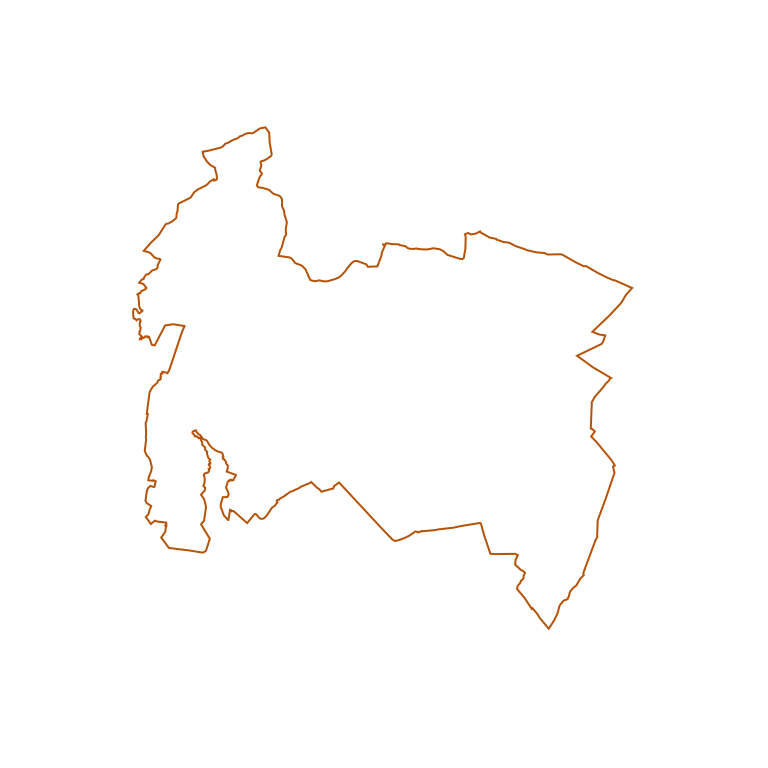 outline of Voinesti, Iasi, Romania, rotated 75°
{"feature_id": "2599482B56486568055847", "entity_name": "Voinesti", "entity_type": "district", "adm_level": 2, "iso_a3": "ROU", "parent_name": "Romania", "parent_adm1": "Iasi", "projection": "albers", "projection_center": [27.415, 47.064], "detail": "fine", "context": "isolated", "style": "outline", "palette": "amber", "viewbox_px": 768, "rotation_deg": 75, "n_neighbors": 0, "source": "geoboundaries", "source_scale": "gbopen_adm2", "svg_char_len": 6165}
<svg xmlns="http://www.w3.org/2000/svg" viewBox="0 0 768 768"><g transform="rotate(75 384 384)"><path d="M105.4,432.2L105.0,437.6L107.5,444.9L107.7,446.5L106.4,450.4L106.7,454.3L107.5,456.8L107.3,458.6L108.8,462.1L109.1,466.3L110.8,473.1L110.7,474.9L112.9,478.3L113.4,480.7L113.2,494.0L112.7,499.0L117.1,499.4L123.1,497.5L127.5,495.1L131.5,491.1L133.1,491.6L138.8,491.5L142.9,492.4L143.5,493.6L143.5,495.5L142.1,495.6L143.4,499.7L145.4,502.9L146.2,505.1L147.9,513.4L149.5,517.5L153.9,522.6L156.4,534.9L157.1,536.4L163.9,538.9L165.5,540.1L169.1,541.3L170.2,542.2L172.0,546.3L173.2,550.9L172.9,552.1L173.3,553.7L181.9,563.1L187.3,572.8L193.2,581.6L196.1,576.8L197.3,575.6L202.2,573.0L204.2,570.6L205.0,568.3L205.9,567.7L210.6,571.8L212.9,572.6L213.8,573.5L214.2,574.7L214.3,578.4L216.9,583.1L216.7,585.4L218.6,587.8L220.2,588.9L220.6,591.2L222.8,594.3L225.2,590.5L229.7,588.7L230.4,589.3L230.8,591.1L231.3,591.9L231.2,593.7L231.6,594.5L233.2,595.9L233.3,596.3L232.8,596.7L233.6,599.0L234.9,598.3L245.4,600.3L248.0,600.2L249.6,599.3L250.4,598.3L251.2,598.7L251.3,599.6L252.5,602.0L251.6,602.8L247.8,603.8L246.7,605.7L247.5,606.7L249.5,607.8L255.9,608.9L256.5,607.6L258.4,606.5L257.8,605.5L258.3,603.0L260.4,602.7L260.8,603.6L264.3,604.9L266.7,604.4L269.9,606.0L270.5,606.9L271.3,606.8L272.4,607.5L275.6,605.5L276.8,607.8L277.6,608.3L277.9,607.2L277.1,604.4L277.2,603.6L276.2,602.3L276.5,600.8L277.7,600.4L277.2,599.3L277.5,598.8L286.0,598.1L287.4,595.5L270.8,580.3L271.8,571.9L276.4,561.7L282.1,566.1L314.8,587.7L317.5,590.4L315.1,593.9L315.0,595.1L316.6,595.5L316.3,596.4L316.5,597.1L319.0,597.6L319.6,598.3L320.6,598.1L321.8,598.9L322.0,600.9L324.1,602.7L326.8,608.2L330.9,612.2L332.2,612.9L351.4,620.9L351.9,619.9L359.0,623.4L359.8,624.3L369.3,626.3L374.8,628.1L375.7,628.0L386.6,632.4L391.6,631.7L393.8,630.4L397.0,629.6L404.1,629.7L407.9,631.4L413.5,635.6L416.0,636.6L417.8,632.0L417.3,631.6L418.9,629.7L423.9,632.3L424.0,633.0L422.0,635.9L423.7,639.2L426.4,641.0L435.0,644.6L437.6,644.0L441.7,640.4L444.3,642.6L449.1,645.5L450.8,648.5L458.9,645.4L456.7,640.7L458.2,638.5L461.5,630.3L462.7,630.3L463.9,631.8L464.8,630.9L465.4,631.6L469.9,633.4L474.7,638.9L486.7,634.2L495.0,613.7L499.8,603.2L499.8,601.4L499.0,599.1L488.4,592.3L472.4,597.0L471.7,596.5L469.6,593.3L456.7,587.7L448.9,587.5L443.6,589.4L440.4,584.7L437.9,583.5L435.9,584.9L432.6,582.7L428.3,581.5L425.3,581.7L424.0,580.2L423.9,576.6L422.0,575.1L420.8,575.4L420.4,573.9L419.6,573.5L416.2,574.1L416.0,573.9L416.3,572.9L415.7,572.2L413.3,572.7L412.1,571.4L410.0,572.8L405.7,573.0L403.7,572.4L401.3,573.8L399.1,573.1L395.9,575.3L393.2,574.7L390.8,575.4L388.6,575.1L388.3,575.8L388.4,577.2L387.5,577.3L385.7,578.8L385.8,579.9L385.6,580.3L383.4,580.7L381.9,581.7L380.4,581.1L380.0,577.8L381.4,577.7L384.4,576.1L385.6,574.9L390.4,573.0L392.3,570.2L393.2,569.7L398.1,568.3L401.3,566.5L405.2,563.3L408.4,558.5L409.1,558.1L412.5,557.9L412.9,558.8L413.9,558.9L415.2,558.6L415.4,557.7L418.0,557.0L420.1,557.0L422.4,556.0L424.8,556.6L427.9,558.6L433.5,550.6L434.3,551.0L437.3,554.2L437.9,554.3L437.8,556.0L437.1,556.2L436.7,556.9L437.5,558.0L437.0,558.2L437.0,558.8L438.3,560.4L443.3,563.4L448.3,562.5L450.7,562.7L452.5,564.4L452.6,564.9L451.6,569.0L457.5,572.6L460.2,573.5L469.4,572.7L474.8,569.9L475.0,569.5L465.7,565.2L466.4,564.3L467.5,564.2L467.7,562.3L482.9,552.2L476.1,542.6L476.8,541.2L481.7,538.8L482.7,537.0L482.7,534.9L480.9,531.5L474.6,524.4L473.2,520.7L471.2,518.4L471.0,517.6L469.0,517.9L468.4,517.0L468.5,515.0L467.7,514.2L466.5,509.0L465.7,508.0L465.8,507.5L463.9,502.6L463.7,498.9L463.2,497.8L462.8,494.0L461.6,490.2L460.5,481.2L459.8,479.7L466.7,475.6L469.1,473.6L471.9,472.3L471.7,461.4L471.9,460.1L469.7,458.7L467.5,452.9L521.9,424.1L535.8,416.5L538.2,414.5L538.6,413.0L538.6,409.0L538.0,403.5L537.0,398.5L534.6,392.0L535.2,390.5L536.3,389.2L535.9,388.4L536.1,386.9L535.7,385.4L536.3,384.4L538.4,372.0L538.4,369.8L540.8,353.7L541.1,346.5L543.1,327.1L544.2,326.5L556.0,326.4L575.5,325.2L577.1,320.6L582.0,301.2L584.0,299.0L587.7,302.3L592.4,304.1L599.1,299.9L600.2,298.5L602.9,296.6L605.6,298.9L607.5,299.3L608.9,300.9L609.1,302.0L610.1,303.2L611.3,303.7L613.5,307.0L616.3,308.6L626.8,303.7L639.4,299.5L638.9,298.6L646.5,295.1L650.1,294.2L663.0,288.2L656.4,280.9L650.2,275.6L643.9,272.0L642.7,270.8L639.7,266.5L639.4,262.5L636.5,260.1L633.4,258.5L632.0,257.0L630.0,254.2L628.4,250.4L622.6,244.6L620.3,240.5L618.7,240.6L616.7,239.4L589.0,219.7L587.5,217.9L571.1,212.9L551.9,199.4L529.4,184.3L523.0,184.2L522.4,182.1L516.4,184.0L495.2,193.7L488.3,197.5L484.4,192.6L481.5,194.4L480.6,195.8L455.4,188.0L451.1,183.9L443.7,172.9L441.3,170.1L438.9,165.9L437.1,164.2L436.9,163.2L421.7,178.1L406.7,190.2L401.6,163.3L399.7,161.3L394.3,157.7L392.0,163.1L387.5,169.2L376.4,148.9L368.2,135.7L366.7,133.5L360.5,127.2L355.5,119.5L343.5,134.3L343.3,135.3L338.8,141.1L332.1,148.7L322.4,158.3L322.1,160.4L316.2,167.2L305.0,178.5L304.3,180.3L301.4,192.0L300.6,193.4L299.1,194.9L296.4,202.4L291.9,211.1L290.4,212.8L285.3,220.6L279.8,226.7L278.0,231.4L273.6,238.0L272.8,238.2L269.9,244.0L262.7,251.4L261.5,251.7L262.5,256.5L262.0,261.4L259.9,263.6L260.3,267.1L263.0,267.0L274.2,270.3L282.9,274.3L283.6,275.7L282.9,278.0L275.7,289.3L271.3,292.1L268.3,295.2L265.7,301.0L265.2,307.5L263.3,313.9L262.6,314.8L262.6,315.9L261.5,317.4L261.3,319.8L260.1,324.1L258.6,326.2L256.4,327.7L253.9,332.9L252.9,333.6L251.1,339.6L249.2,343.8L248.7,345.8L249.6,346.7L249.0,348.7L249.4,348.7L250.2,347.0L256.7,352.2L258.8,352.9L268.7,359.9L266.6,369.3L263.9,370.0L258.2,378.1L257.6,380.9L258.8,384.0L263.4,390.5L264.9,392.0L268.1,397.1L269.3,399.8L270.0,404.0L270.1,412.3L269.2,415.9L267.2,419.4L266.8,424.4L264.5,428.3L253.1,430.1L248.5,432.6L244.2,438.4L239.0,440.7L237.2,442.7L232.9,452.7L227.5,449.4L226.6,448.2L224.7,446.9L216.5,442.2L214.3,439.8L209.4,439.0L202.5,435.9L195.1,436.3L190.7,435.7L185.8,436.5L179.1,434.6L176.1,435.7L174.6,437.0L171.7,441.6L166.7,444.8L163.2,450.4L161.4,454.6L159.2,455.4L152.1,450.7L149.6,447.7L148.8,447.5L146.0,448.8L141.0,445.8L137.6,445.8L137.0,444.9L137.1,442.2L136.4,439.0L134.6,434.1L133.3,433.1L120.3,431.8L111.4,429.8L105.4,432.2Z" fill="none" stroke="#b45309" stroke-width="2"/></g></svg>